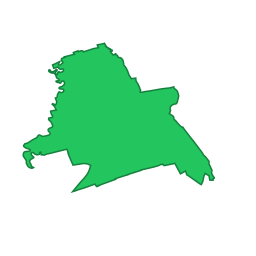 outline of Bucecea, Botosani, Romania, rotated 15°
{"feature_id": "2599482B9229930531525", "entity_name": "Bucecea", "entity_type": "district", "adm_level": 2, "iso_a3": "ROU", "parent_name": "Romania", "parent_adm1": "Botosani", "projection": "natural_earth1", "projection_center": [26.438, 47.768], "detail": "fine", "context": "isolated", "style": "filled", "palette": "green", "viewbox_px": 256, "rotation_deg": 15, "n_neighbors": 0, "source": "geoboundaries", "source_scale": "gbopen_adm2", "svg_char_len": 5517}
<svg xmlns="http://www.w3.org/2000/svg" viewBox="0 0 256 256"><g transform="rotate(15 128 128)"><path d="M223.8,156.3L223.4,155.5L223.3,154.9L224.0,154.6L224.2,154.3L224.3,154.0L224.2,153.6L223.3,153.0L222.9,152.5L222.0,152.0L221.4,151.1L220.6,150.3L220.3,149.6L220.2,148.7L220.2,147.9L220.0,147.0L219.3,146.1L218.3,145.2L218.0,144.5L216.2,142.5L215.4,141.3L214.9,139.2L210.5,135.9L207.7,134.4L206.7,133.2L204.9,131.7L193.6,122.9L193.0,122.6L182.8,114.8L180.8,113.0L180.4,113.3L178.0,112.5L174.8,110.5L171.7,108.3L170.5,108.0L170.2,107.8L169.4,105.8L168.5,104.9L164.1,103.3L164.5,101.9L164.6,100.3L164.5,99.8L163.8,99.2L163.5,97.3L163.6,96.4L164.4,94.7L165.0,94.1L165.5,93.8L166.7,92.8L168.0,92.4L168.6,91.4L168.9,90.5L168.8,87.5L168.8,85.3L168.6,83.7L166.6,80.3L166.2,79.8L165.4,79.1L162.3,77.7L161.8,77.1L161.6,76.4L157.9,78.5L153.2,80.3L149.2,82.0L138.7,86.9L135.7,88.1L132.2,89.8L131.1,90.2L130.7,90.3L130.5,90.2L130.3,89.8L130.4,89.1L130.4,88.4L130.2,87.8L129.1,86.9L128.7,86.1L128.8,86.1L128.7,85.9L128.2,85.1L127.2,84.3L126.6,83.3L123.7,80.6L122.8,78.6L122.6,77.8L118.4,79.5L116.7,77.8L115.2,76.7L114.9,75.9L113.6,74.2L113.2,73.5L112.1,72.2L111.1,71.0L109.6,69.6L108.4,68.9L107.5,68.0L107.2,67.3L107.1,66.8L105.9,64.4L105.2,63.8L105.1,63.5L104.9,63.6L104.5,63.4L103.9,62.3L102.9,62.4L102.2,62.0L101.2,62.3L100.4,62.1L100.0,62.1L99.5,61.8L99.4,61.7L99.5,61.2L99.3,61.0L98.9,60.7L97.4,60.3L97.3,60.1L97.3,59.8L96.8,59.5L96.6,59.5L96.4,59.7L96.0,60.6L95.0,61.2L94.7,61.3L93.4,60.3L92.6,59.9L92.0,59.4L92.0,58.8L91.2,58.6L91.3,58.4L92.1,58.2L92.9,57.6L92.9,57.4L92.8,57.1L92.5,56.9L91.3,56.8L90.6,56.9L90.2,56.5L90.4,56.4L90.4,56.2L89.9,56.2L89.5,56.6L89.4,56.5L89.3,56.1L88.8,55.8L88.7,55.8L88.8,56.0L88.7,56.2L88.3,55.8L88.2,55.9L87.5,55.8L87.0,55.3L86.3,55.5L86.1,55.4L85.9,55.0L85.2,55.0L85.1,54.8L85.5,54.4L85.3,54.1L84.9,53.8L84.7,53.5L84.4,53.3L84.2,53.1L83.0,52.9L82.9,52.8L83.4,52.4L83.2,52.2L82.8,52.5L82.5,52.4L82.6,52.5L82.1,53.1L78.8,54.7L76.8,55.6L77.0,56.1L77.6,56.7L78.6,58.1L74.2,60.2L65.2,66.0L64.6,65.4L64.2,65.2L62.5,65.6L60.2,67.1L59.7,66.4L55.6,69.3L55.7,69.5L57.2,70.6L48.3,75.6L48.9,75.9L46.0,78.0L45.8,78.5L46.6,80.3L48.1,81.3L48.2,81.7L48.1,82.1L47.2,83.1L46.6,84.4L46.1,84.7L45.3,85.0L44.7,85.0L44.4,84.7L44.4,83.2L44.9,82.1L44.9,81.4L41.2,84.7L38.8,86.6L40.8,89.5L44.7,87.3L45.4,87.5L45.7,88.2L46.0,88.4L47.2,88.8L48.0,88.7L49.2,88.0L49.7,87.8L50.0,87.8L50.4,88.0L50.7,88.7L50.8,89.2L50.7,89.6L50.5,90.0L49.4,91.3L48.8,91.6L47.9,91.9L47.2,91.7L46.8,91.4L46.5,91.6L46.0,92.2L45.8,92.5L45.9,93.5L46.1,94.1L45.6,94.8L45.1,94.9L44.7,94.7L43.8,93.7L43.6,93.0L43.9,92.1L44.2,91.7L44.6,90.7L44.5,90.2L44.3,90.1L43.9,90.1L43.4,90.1L42.7,91.3L41.9,92.3L40.3,93.4L39.5,93.5L38.9,93.4L38.2,92.6L37.5,92.1L37.3,92.0L36.6,92.4L36.6,92.8L36.6,93.4L37.0,93.8L37.4,94.1L38.1,94.3L39.9,94.6L40.6,94.6L41.4,94.3L42.4,94.3L43.7,94.9L44.4,95.5L45.3,96.8L45.8,97.6L46.6,98.3L48.6,98.8L49.2,99.3L49.3,99.9L49.2,100.1L46.7,101.1L46.4,101.3L46.5,101.8L46.7,102.0L47.9,102.2L49.5,102.1L50.9,102.3L51.3,102.0L51.5,101.7L51.6,100.2L51.8,99.9L52.7,99.6L53.3,99.5L53.7,99.5L54.1,99.6L54.5,100.1L55.2,101.5L55.1,102.5L54.8,103.2L53.4,105.1L52.7,105.5L51.9,105.9L51.3,106.4L51.1,106.7L51.1,107.3L51.3,107.7L51.7,107.9L54.8,107.4L55.4,107.4L55.9,107.8L56.2,108.3L56.3,108.6L56.3,109.1L56.1,109.6L55.6,110.4L55.0,110.8L54.1,111.1L52.7,110.9L52.2,110.9L51.9,111.1L51.7,111.5L51.2,114.4L51.5,116.1L51.4,116.7L51.1,117.2L50.1,117.7L50.1,118.0L51.1,119.3L52.2,120.7L52.5,122.7L52.0,124.5L49.1,123.9L48.6,124.6L51.5,126.3L54.1,129.2L48.9,131.7L48.8,131.9L50.5,134.6L52.2,136.1L52.3,136.7L51.9,137.6L51.2,137.7L48.9,138.9L49.0,140.1L49.5,140.7L52.1,142.1L52.8,143.0L54.4,144.8L54.7,145.5L54.7,146.2L54.5,146.8L53.8,147.5L52.8,148.1L52.1,148.7L51.3,149.9L51.3,150.5L51.8,151.5L53.5,152.6L54.3,153.5L54.3,154.1L53.7,155.1L50.5,157.0L48.2,158.0L47.1,158.2L45.1,157.7L44.1,157.7L43.4,158.1L42.9,159.2L42.6,160.4L42.1,161.2L39.0,164.0L36.3,167.0L34.8,168.5L32.3,170.1L31.7,172.0L32.0,172.7L33.5,173.5L35.6,173.9L37.1,173.9L38.5,174.1L39.1,174.4L39.4,175.1L39.1,175.7L38.4,176.0L34.8,177.4L34.0,178.1L33.7,178.8L33.6,179.5L33.7,181.0L34.1,182.1L34.3,182.4L38.1,185.7L38.4,186.4L38.8,187.9L39.5,189.2L40.9,190.5L41.7,191.2L42.4,191.5L43.7,191.8L45.4,191.8L46.4,191.3L47.0,190.7L46.6,190.6L46.2,190.3L45.6,190.4L45.1,190.2L43.9,188.8L43.6,188.1L42.5,187.1L41.8,186.1L41.5,184.9L42.1,183.9L42.3,183.3L44.2,181.7L44.7,181.0L44.5,180.6L44.3,180.4L43.2,179.9L42.8,179.6L42.0,179.3L41.7,179.1L41.5,178.7L41.5,178.3L41.1,177.3L41.1,177.1L41.4,176.7L41.9,176.5L43.1,176.3L43.8,176.9L44.3,177.2L46.5,177.5L47.0,177.5L48.7,176.7L49.2,176.3L49.3,175.3L49.0,174.4L49.9,173.9L51.2,176.5L52.3,176.0L54.0,175.9L54.5,175.6L55.2,175.1L55.7,174.5L59.1,172.8L74.4,164.3L77.0,167.7L76.6,167.9L78.3,170.3L84.5,178.1L93.8,174.0L95.0,173.6L96.8,173.4L97.7,173.1L101.7,173.8L101.4,179.4L100.7,182.9L99.9,184.8L99.0,187.0L95.4,194.1L91.0,203.8L93.0,202.6L96.1,200.4L98.1,199.2L102.0,196.7L110.5,190.8L112.7,192.6L113.2,192.2L113.5,192.4L115.3,190.8L115.1,190.7L129.3,180.8L129.1,180.5L129.3,180.4L129.1,180.1L136.5,175.3L139.8,173.3L139.7,173.2L140.4,172.8L140.3,172.7L151.6,165.5L151.4,165.2L163.0,159.0L166.9,156.7L168.3,155.5L168.9,154.9L169.5,154.5L170.1,154.6L170.8,154.0L172.6,155.0L182.5,150.1L190.5,158.7L192.6,156.8L193.1,156.2L194.0,155.4L194.7,154.6L196.9,158.0L199.0,158.6L212.2,163.5L213.5,163.7L214.1,160.1L213.8,154.9L214.3,151.9L218.6,153.2L220.5,157.2L223.6,156.4L223.8,156.3Z" fill="#22c55e" stroke="#15803d" stroke-width="1.5"/></g></svg>